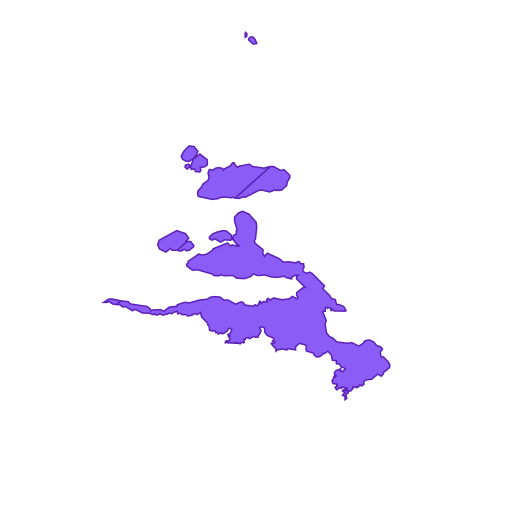 the district of Cakaudrove, Northern, Fiji, rotated 228°
{"feature_id": "14151628B95966095088914", "entity_name": "Cakaudrove", "entity_type": "district", "adm_level": 2, "iso_a3": "FJI", "parent_name": "Fiji", "parent_adm1": "Northern", "projection": "robinson", "projection_center": [179.503, -16.697], "detail": "fine", "context": "isolated", "style": "filled", "palette": "violet", "viewbox_px": 512, "rotation_deg": 228, "n_neighbors": 0, "source": "geoboundaries", "source_scale": "gbopen_adm2", "svg_char_len": 6141}
<svg xmlns="http://www.w3.org/2000/svg" viewBox="0 0 512 512"><g transform="rotate(228 256 256)"><path d="M102.2,287.7L105.1,287.8L109.2,285.7L112.9,286.0L116.7,284.7L118.5,283.3L120.2,279.8L119.3,277.5L120.3,272.1L127.6,269.2L129.9,265.6L138.0,258.6L144.1,258.1L146.8,256.7L151.8,257.0L159.1,261.7L161.0,265.0L170.1,268.4L168.6,270.6L171.1,272.7L171.0,274.0L169.2,274.1L169.2,275.4L168.2,276.2L164.3,276.6L162.7,277.5L155.2,285.5L155.2,286.4L159.8,287.4L164.7,285.0L166.0,283.4L170.6,285.8L173.8,283.6L177.3,284.3L187.0,283.7L188.1,287.0L205.9,286.0L208.2,284.9L209.4,281.8L213.2,280.6L214.8,282.1L215.4,284.1L218.4,286.2L220.5,284.0L223.2,284.3L224.5,280.9L229.9,276.3L233.2,272.2L238.5,271.5L250.5,266.3L250.0,261.9L254.1,263.2L255.4,265.1L256.7,265.4L266.0,263.8L268.8,265.3L269.0,267.0L277.1,276.0L281.0,278.7L292.0,278.8L298.3,275.9L299.8,271.7L299.2,266.0L296.3,263.4L288.3,259.6L287.9,258.2L285.5,256.2L286.4,252.8L285.5,251.4L282.9,249.9L277.8,249.5L274.8,250.5L274.8,249.5L280.2,245.7L280.4,243.7L284.7,243.6L290.0,229.0L289.3,227.1L290.4,220.4L292.6,216.7L295.8,214.7L297.4,201.8L296.2,200.9L296.3,198.8L294.6,197.9L288.0,199.2L284.9,203.3L271.6,211.6L269.6,211.6L266.0,215.3L265.6,217.2L262.5,219.3L256.7,226.0L252.5,226.7L246.8,232.4L244.2,238.7L244.6,241.9L240.2,244.3L236.0,249.8L230.1,253.4L225.6,257.9L222.2,263.4L219.7,264.0L215.1,267.1L216.2,268.5L215.8,271.3L213.6,274.3L213.7,272.7L211.9,270.8L199.9,271.5L201.0,269.5L201.6,261.9L199.7,259.9L197.2,259.4L196.7,258.5L196.8,257.8L201.7,255.9L201.8,252.4L205.7,246.4L213.0,241.1L213.8,237.0L216.3,236.8L216.5,234.8L214.3,233.6L217.1,231.3L217.3,227.8L219.3,229.0L219.9,228.2L218.4,225.4L218.3,223.4L220.4,222.7L220.6,220.2L227.0,215.0L230.4,215.3L232.2,213.6L233.8,208.6L242.2,205.7L244.4,202.8L249.6,201.8L254.2,197.3L256.1,194.1L256.4,191.0L261.2,184.4L265.9,174.7L268.7,172.7L270.2,170.3L272.4,164.8L271.6,163.5L276.1,157.3L276.5,150.6L279.9,149.2L285.2,142.9L285.6,141.2L287.9,142.0L291.5,141.2L304.5,130.5L307.5,130.5L313.1,125.6L313.1,120.0L310.8,122.4L307.4,122.7L305.6,125.3L297.9,127.6L297.7,129.5L296.3,130.9L289.7,133.4L284.8,138.5L281.6,140.0L280.4,142.3L279.4,142.0L277.6,144.1L277.7,145.9L274.6,147.0L272.0,151.5L271.9,153.2L269.4,154.8L269.4,156.6L267.6,160.6L265.5,159.1L263.9,161.5L262.0,161.7L259.1,164.9L257.0,165.1L254.9,168.6L254.5,171.0L253.2,172.7L251.9,173.0L251.0,176.8L246.9,174.7L238.5,175.1L236.8,174.0L235.2,174.2L231.9,171.8L229.2,173.5L228.3,175.5L225.7,174.8L224.9,176.2L223.1,175.8L222.7,178.0L221.5,179.1L220.7,178.8L219.8,181.5L219.5,184.3L220.4,187.8L217.7,188.9L216.0,185.7L216.4,182.3L214.6,182.3L213.6,184.1L214.3,181.7L211.5,181.5L211.4,178.3L212.5,177.7L212.9,176.1L212.0,175.1L211.3,176.5L209.6,177.4L209.8,178.6L208.7,178.6L204.0,183.3L204.8,183.4L204.2,184.0L201.3,185.4L201.6,187.5L199.6,188.8L199.8,189.7L202.0,190.8L201.2,192.3L201.7,193.7L200.4,195.8L198.9,195.8L197.7,200.5L195.9,201.3L194.3,203.4L195.2,204.1L195.6,206.9L197.2,209.8L200.4,210.7L199.7,212.9L196.7,214.1L193.2,211.4L189.4,211.2L183.1,214.1L181.9,213.5L181.8,211.6L179.6,212.6L178.9,211.8L179.8,209.8L180.8,210.0L180.6,208.6L173.5,208.6L172.0,207.2L172.0,208.9L168.9,213.8L165.5,216.0L166.1,217.4L159.7,222.6L162.0,224.6L162.1,229.7L157.3,233.0L155.1,233.0L153.0,230.5L151.5,230.0L145.5,233.6L143.2,232.9L140.5,233.4L138.9,235.5L138.2,238.4L138.6,241.0L137.7,241.5L137.1,245.7L132.2,245.8L127.4,243.0L124.3,245.8L122.4,243.7L121.3,244.0L120.3,245.9L116.2,244.9L114.5,246.4L112.5,246.9L111.9,242.8L113.1,242.8L114.1,241.5L115.4,243.5L117.3,238.9L116.9,236.3L114.8,234.6L114.1,235.8L113.0,235.0L114.0,233.6L113.3,233.6L113.8,232.8L112.2,228.8L109.6,227.9L106.2,230.7L106.0,229.6L105.0,229.4L105.5,226.9L102.5,226.4L101.8,231.0L100.5,230.8L100.5,232.8L99.0,233.9L97.2,233.3L97.3,235.2L96.7,235.4L95.8,232.8L98.1,231.7L97.9,229.9L95.3,230.8L94.5,227.0L92.4,228.4L89.7,226.0L89.4,228.2L92.9,229.9L92.6,231.4L93.3,232.5L92.6,232.8L94.4,234.1L92.4,235.7L92.6,239.4L94.0,240.6L90.7,242.9L91.5,243.7L90.1,244.4L90.7,247.1L88.9,247.4L88.4,248.6L89.2,249.2L88.4,250.2L90.8,252.6L89.7,255.8L87.0,259.4L86.8,267.3L82.8,268.7L83.1,271.7L84.4,273.7L83.8,275.2L83.8,280.7L85.5,282.6L88.5,283.4L95.9,283.2L96.4,281.7L97.4,281.5L101.3,283.9L102.2,287.7ZM346.5,287.6L348.4,284.5L348.8,281.1L351.2,279.6L351.3,278.6L349.6,275.7L346.5,274.3L344.2,270.9L345.0,265.1L343.6,261.0L343.3,256.9L342.3,255.0L339.0,252.9L327.6,261.1L324.1,266.0L323.1,269.1L319.2,273.8L315.9,276.4L315.2,278.2L313.0,279.3L312.9,326.6L316.0,320.7L324.9,313.2L328.5,312.6L334.2,303.4L334.2,301.7L336.9,301.3L340.1,302.1L340.9,300.8L340.2,296.9L342.1,290.2L341.5,289.3L343.6,289.6L346.5,287.6ZM313.0,279.3L310.1,281.9L308.4,286.1L306.8,287.4L302.9,302.0L300.9,304.6L294.5,309.0L292.2,314.5L290.8,315.1L290.5,316.6L289.3,316.9L287.8,319.2L287.9,326.1L290.0,328.5L291.6,333.5L293.3,335.1L301.4,334.6L303.2,331.5L310.8,328.9L312.9,326.6L313.0,279.3ZM332.5,194.6L330.4,190.6L325.8,189.0L319.2,191.6L318.8,197.6L316.3,197.5L313.0,201.4L313.0,214.7L313.8,214.0L314.3,217.9L319.8,218.6L327.9,214.1L332.5,194.6ZM369.8,274.2L365.9,266.6L363.7,265.8L362.0,268.5L359.3,267.5L356.1,270.4L356.3,272.1L359.2,273.9L356.7,277.3L356.3,280.8L360.1,284.2L369.4,282.5L369.8,274.2ZM378.8,283.2L382.6,279.9L382.2,272.8L380.2,267.1L377.0,266.2L373.7,267.2L371.0,269.5L370.3,274.7L371.0,279.5L372.7,282.9L378.8,283.2ZM301.3,234.2L300.2,233.0L297.1,233.9L296.4,236.9L290.0,238.9L289.1,243.4L284.8,247.6L284.3,249.2L288.3,251.6L294.5,250.7L297.1,248.2L299.8,243.2L301.5,238.3L301.3,234.2ZM313.0,201.4L310.5,202.7L309.2,205.1L309.9,205.5L308.4,207.7L307.1,207.4L305.0,209.7L304.6,215.2L305.2,216.8L310.4,217.1L313.0,214.7L313.0,201.4ZM313.1,120.0L313.1,125.6L320.5,120.2L322.6,117.5L323.5,111.7L321.2,114.2L320.7,116.3L316.2,117.4L313.1,120.0ZM421.1,400.2L422.7,397.9L422.3,395.7L421.4,395.1L415.5,395.7L413.6,398.2L413.6,399.0L417.9,400.3L421.1,400.2ZM369.3,267.4L370.8,264.3L369.5,262.7L366.6,263.0L366.6,266.2L368.1,267.4L369.3,267.4ZM429.2,397.8L427.6,395.7L425.7,394.4L425.6,396.4L427.5,398.1L429.2,397.8ZM166.7,275.6L165.3,275.3L165.4,276.3L165.8,275.4L166.7,275.6Z" fill="#8b5cf6" stroke="#5b21b6" stroke-width="1.5"/></g></svg>